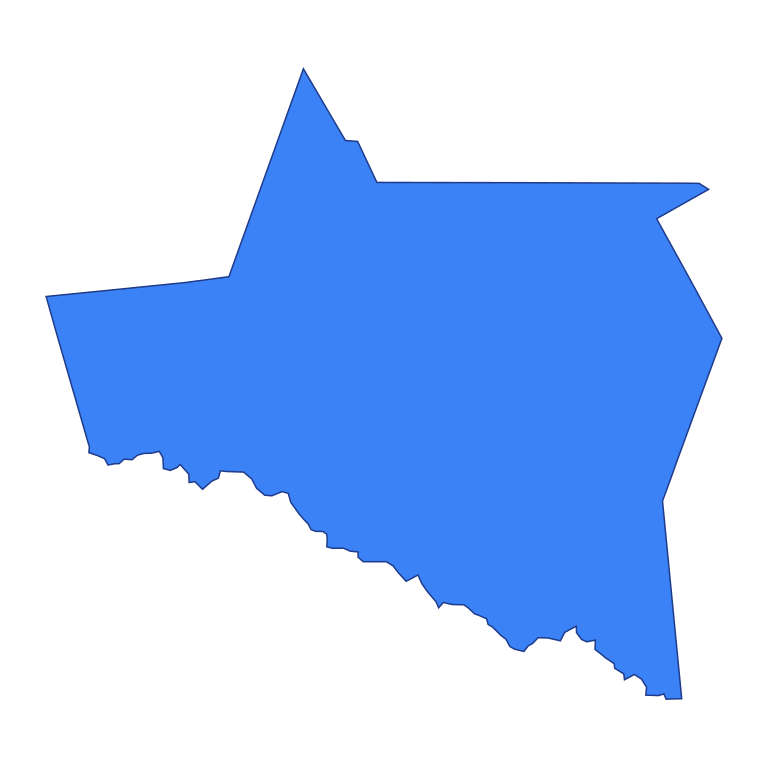 the district of Capitão Gervásio Oliveira, Piauí, Brazil
{"feature_id": "56859067B49513050912256", "entity_name": "Capitão Gervásio Oliveira", "entity_type": "district", "adm_level": 2, "iso_a3": "BRA", "parent_name": "Brazil", "parent_adm1": "Piauí", "projection": "orthographic", "projection_center": [-41.924, -8.53], "detail": "fine", "context": "isolated", "style": "filled", "palette": "blue", "viewbox_px": 768, "rotation_deg": 0, "n_neighbors": 0, "source": "geoboundaries", "source_scale": "gbopen_adm2", "svg_char_len": 1624}
<svg xmlns="http://www.w3.org/2000/svg" viewBox="0 0 768 768"><path d="M345.4,140.5L303.4,68.8L295.6,90.6L262.5,183.0L228.9,276.7L184.7,282.6L46.1,296.5L58.3,339.5L87.7,441.3L89.4,446.8L88.9,452.7L97.6,455.6L104.6,458.7L108.0,465.0L114.6,463.8L119.2,463.6L124.0,459.2L132.2,459.7L137.2,455.3L143.9,453.4L151.4,453.2L159.3,451.4L162.9,457.7L163.4,468.6L170.3,470.4L177.0,467.6L180.2,464.5L188.8,474.2L189.1,482.5L194.9,481.7L202.5,489.3L211.9,481.1L218.4,478.1L220.4,470.8L226.5,471.5L243.6,472.1L251.7,478.9L256.6,488.3L264.7,495.2L271.8,495.8L282.2,491.6L288.3,493.4L290.7,502.2L298.8,513.6L304.1,519.7L308.4,524.3L311.1,529.6L315.5,531.3L322.9,531.5L326.8,534.2L327.2,539.3L326.8,546.8L332.5,548.3L343.5,548.2L350.3,551.2L358.0,551.9L358.1,557.3L363.2,561.7L386.3,561.7L393.0,565.8L398.6,573.0L406.1,581.3L418.0,575.0L421.9,583.7L427.3,591.5L436.2,602.0L438.6,607.8L443.4,602.5L452.1,604.5L463.9,604.8L468.5,608.1L474.5,613.8L479.2,615.5L486.6,618.8L488.1,624.4L492.7,627.2L501.0,635.5L505.9,639.2L509.9,646.5L514.5,649.1L523.9,651.5L528.2,645.9L533.0,643.1L538.1,637.7L548.1,638.0L560.4,640.8L564.7,632.4L576.3,626.1L576.5,632.6L581.5,639.4L586.8,641.8L595.4,640.1L595.0,649.4L601.2,654.2L605.3,657.7L614.2,663.7L614.7,668.3L623.8,673.9L624.5,679.8L634.3,674.5L641.4,679.0L646.6,687.3L645.8,695.1L658.4,695.6L663.9,693.9L666.1,699.2L671.3,699.0L681.7,698.7L662.5,501.0L670.2,480.1L678.1,458.0L721.9,338.3L690.7,280.6L656.6,218.7L691.8,198.8L708.6,189.4L699.2,183.4L686.7,183.2L521.1,182.7L401.9,182.5L397.4,182.5L391.8,182.5L376.9,182.4L357.6,141.4L345.4,140.5Z" fill="#3b82f6" stroke="#1e3a8a" stroke-width="1.5"/></svg>